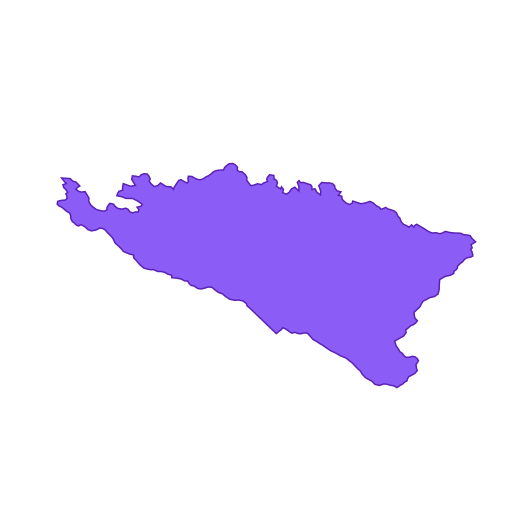 the district of Jandaia, Goiás, Brazil, rotated 106°
{"feature_id": "56859067B45662810904248", "entity_name": "Jandaia", "entity_type": "district", "adm_level": 2, "iso_a3": "BRA", "parent_name": "Brazil", "parent_adm1": "Goiás", "projection": "equal_earth", "projection_center": [-50.192, -17.128], "detail": "fine", "context": "isolated", "style": "filled", "palette": "violet", "viewbox_px": 512, "rotation_deg": 106, "n_neighbors": 0, "source": "geoboundaries", "source_scale": "gbopen_adm2", "svg_char_len": 4736}
<svg xmlns="http://www.w3.org/2000/svg" viewBox="0 0 512 512"><g transform="rotate(106 256 256)"><path d="M270.8,444.5L273.5,442.1L274.3,439.7L275.6,437.7L276.1,435.0L274.1,432.9L275.0,428.5L277.0,424.8L277.2,421.1L275.3,417.2L272.3,413.9L271.8,410.9L272.4,408.3L274.5,405.2L276.4,401.6L278.2,398.8L280.7,396.4L282.3,395.1L285.0,389.7L286.4,387.2L288.2,384.7L289.0,378.1L288.7,374.1L291.6,372.9L293.7,369.2L295.6,366.5L296.8,364.5L298.6,360.4L298.5,356.8L298.2,353.2L297.3,350.8L298.0,346.2L297.0,342.8L296.9,339.1L297.8,335.8L297.7,331.8L300.1,330.9L299.1,326.1L298.8,321.5L299.6,317.6L298.8,315.0L301.0,312.5L302.2,310.1L301.9,307.5L303.3,302.9L302.8,299.6L301.2,296.7L299.1,293.7L298.2,289.8L300.0,285.9L301.4,282.0L301.6,277.8L303.3,274.2L304.8,269.4L304.5,264.5L303.1,260.5L302.8,256.2L304.3,252.2L306.5,250.7L307.7,247.8L322.8,219.2L325.0,215.1L321.9,213.0L319.9,211.4L317.5,210.4L318.0,207.3L319.3,203.6L320.3,200.2L318.7,197.7L318.9,194.1L318.5,191.6L316.8,188.9L316.0,185.4L318.0,182.0L320.5,178.3L321.5,173.9L322.6,170.7L323.3,167.6L324.7,163.6L326.5,158.1L327.0,154.3L327.9,150.2L328.6,147.7L329.2,141.6L330.6,138.2L332.3,133.8L334.3,130.6L336.4,127.0L337.9,123.8L340.2,121.5L341.5,119.4L342.9,116.9L343.6,113.9L344.3,110.2L346.6,106.3L346.4,101.6L343.9,98.2L343.2,95.4L343.2,91.0L342.8,87.9L343.7,84.3L340.7,81.8L338.7,79.8L336.1,78.3L334.5,76.5L332.3,76.5L330.0,76.0L328.2,74.0L324.9,70.8L321.8,69.4L319.7,70.8L316.2,72.3L314.1,71.5L311.8,71.0L310.0,73.0L309.1,75.4L309.3,78.0L311.0,80.7L312.0,83.6L311.2,86.0L309.3,88.4L308.3,91.4L306.2,93.4L303.7,96.6L299.6,99.3L297.2,96.9L294.5,94.3L292.3,92.0L288.3,90.6L285.6,91.7L283.8,90.2L280.5,88.2L278.8,86.0L276.7,84.2L273.7,83.0L272.0,86.0L269.1,87.7L266.4,88.5L263.2,86.5L260.1,84.6L255.7,83.6L253.3,82.9L250.0,79.3L248.1,77.5L245.7,73.2L242.3,70.5L237.6,70.7L234.3,71.6L230.7,72.4L228.1,72.9L225.4,70.5L223.2,68.2L222.1,65.9L220.7,63.5L218.3,61.2L216.0,61.4L214.2,59.9L212.2,59.1L210.2,59.5L207.3,57.8L204.2,55.6L201.9,54.7L199.9,53.2L198.2,49.9L196.4,47.6L194.6,48.2L192.0,49.9L190.4,51.5L188.6,50.4L185.9,52.5L183.9,50.6L181.9,48.8L180.6,51.3L179.3,53.7L177.4,55.7L177.6,58.9L178.3,62.4L177.7,65.1L178.4,68.6L179.3,71.8L180.0,76.5L180.2,80.8L182.3,82.9L184.0,85.5L184.0,89.6L185.4,93.1L184.8,97.4L183.8,100.5L182.9,103.6L182.2,106.6L181.2,110.2L182.7,111.7L184.6,112.3L183.2,115.1L186.1,116.8L185.3,119.7L184.9,122.9L183.1,125.9L179.9,128.2L178.3,131.0L175.8,132.8L174.6,135.6L174.4,138.6L174.4,142.0L173.6,144.8L175.3,146.7L176.7,148.9L175.3,150.6L174.4,154.4L172.6,158.3L172.1,161.6L174.8,165.3L176.8,169.5L176.7,173.9L176.5,178.1L178.8,178.2L180.8,180.2L180.1,184.2L179.0,186.6L177.6,189.0L174.9,189.9L174.9,193.6L170.9,192.0L171.1,195.8L169.1,198.7L166.8,199.8L165.4,202.2L165.5,205.4L166.5,209.1L167.2,213.1L171.1,215.0L176.1,211.5L179.5,210.9L177.9,215.1L175.1,217.8L176.7,220.5L174.0,221.4L172.5,223.0L172.2,230.7L173.2,233.4L171.7,235.5L173.8,236.6L177.5,233.8L181.8,232.8L179.1,237.6L181.8,240.4L185.7,241.7L188.3,243.9L187.7,247.8L184.3,248.0L182.5,250.6L184.7,250.8L183.3,255.7L179.9,255.5L177.6,257.1L177.0,259.7L173.7,261.1L174.2,265.4L177.3,266.7L179.3,266.8L181.2,265.5L183.5,268.6L185.8,270.3L186.2,274.6L188.7,277.9L189.8,280.5L187.7,283.2L185.8,285.8L182.9,286.4L180.7,288.8L178.9,292.7L179.5,295.4L178.7,297.8L175.8,298.2L173.9,301.4L173.5,304.0L174.8,307.3L177.2,309.2L179.4,310.5L182.3,311.0L183.6,315.0L185.0,317.9L186.7,320.1L189.3,321.7L192.0,323.8L193.4,325.6L196.2,327.9L198.1,330.6L198.5,333.4L197.9,337.1L197.2,339.5L198.0,343.0L200.8,342.7L202.8,341.5L204.8,342.2L204.3,345.6L203.3,349.2L204.8,351.2L212.4,353.6L214.7,353.7L212.9,356.8L214.0,361.5L213.1,364.6L212.1,367.9L215.6,370.0L217.3,373.0L215.5,376.7L213.7,379.2L211.0,379.0L208.5,381.2L207.1,383.4L207.9,386.6L209.4,388.6L212.3,390.3L212.4,393.1L213.0,396.9L216.7,396.6L219.0,394.0L221.3,391.4L223.5,395.6L223.3,399.4L223.0,403.5L226.2,403.3L229.5,402.3L231.6,405.6L233.9,406.2L236.4,406.4L236.0,400.7L236.5,397.1L234.7,390.2L235.9,384.5L237.6,379.7L239.7,380.1L241.9,383.8L243.6,381.4L246.2,381.4L246.8,384.0L248.6,386.6L248.3,389.5L246.3,392.0L246.0,394.6L247.9,397.8L248.3,402.2L247.1,405.1L245.5,407.0L245.6,410.9L247.7,411.9L250.4,412.6L253.0,412.1L254.7,414.1L255.2,417.1L255.4,421.9L254.0,425.8L252.8,428.3L251.2,430.3L249.3,432.0L246.5,432.5L244.2,434.8L241.2,438.1L242.7,441.5L242.7,444.5L241.4,447.6L239.1,446.4L237.3,444.6L234.5,449.5L234.7,452.4L232.8,455.9L233.5,459.2L234.6,464.4L236.6,461.6L238.7,458.4L240.8,461.3L243.3,459.5L244.5,457.1L246.8,454.6L248.6,455.9L250.6,454.3L252.5,453.5L254.8,454.7L256.1,458.3L258.1,461.7L261.0,461.4L262.2,458.9L262.7,455.9L265.3,450.2L266.1,447.0L268.2,445.3L270.8,444.5Z" fill="#8b5cf6" stroke="#5b21b6" stroke-width="1.5"/></g></svg>